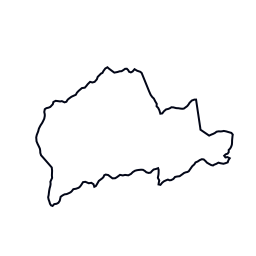 the district of Matão, São Paulo, Brazil, rotated 162°
{"feature_id": "56859067B9094864548247", "entity_name": "Matão", "entity_type": "district", "adm_level": 2, "iso_a3": "BRA", "parent_name": "Brazil", "parent_adm1": "São Paulo", "projection": "robinson", "projection_center": [-48.44, -21.618], "detail": "fine", "context": "isolated", "style": "outline", "palette": "ink", "viewbox_px": 256, "rotation_deg": 162, "n_neighbors": 0, "source": "geoboundaries", "source_scale": "gbopen_adm2", "svg_char_len": 2879}
<svg xmlns="http://www.w3.org/2000/svg" viewBox="0 0 256 256"><g transform="rotate(162 128 128)"><path d="M225.6,80.1L225.1,78.2L223.8,77.2L221.7,78.4L219.3,78.0L217.3,78.4L215.4,79.9L213.3,83.4L211.1,84.1L208.9,84.5L206.7,84.1L204.5,84.3L202.5,84.6L201.1,85.2L198.9,86.7L196.1,86.3L193.4,86.4L191.7,87.1L189.9,88.4L187.5,90.4L185.2,90.0L182.4,87.6L179.8,87.2L178.2,85.2L178.2,82.5L176.6,82.7L174.6,84.4L172.1,86.7L167.8,88.2L166.4,89.0L165.2,90.4L163.6,90.6L161.4,89.4L160.3,87.8L158.3,84.9L155.7,84.2L153.6,84.7L150.1,85.9L147.6,84.5L145.3,84.3L142.3,82.9L139.4,83.4L137.0,84.6L134.5,85.2L132.6,85.1L130.8,84.8L128.5,84.3L126.7,83.6L125.3,82.0L124.2,80.2L122.3,78.9L120.3,78.6L118.8,79.5L116.5,80.6L113.9,80.4L111.8,80.5L111.8,78.7L112.6,76.3L113.4,74.3L115.0,71.4L114.5,68.4L115.6,66.5L116.4,64.9L114.7,63.9L112.4,65.4L110.3,66.2L107.8,66.5L106.0,66.6L104.6,65.4L103.0,65.1L100.6,65.5L98.4,66.9L96.3,66.7L93.8,66.2L90.3,67.3L88.6,67.9L86.8,68.0L85.1,67.8L83.6,68.1L81.5,69.7L78.7,71.8L76.2,72.9L74.4,74.4L72.1,74.6L69.7,75.3L67.4,75.5L65.7,74.7L64.5,72.6L63.6,70.6L61.8,68.6L60.3,67.0L58.7,66.1L57.3,66.5L55.2,66.6L52.7,67.1L50.9,65.9L48.3,64.5L46.2,64.4L43.8,64.5L42.5,66.3L40.6,67.8L42.4,69.6L44.4,69.9L45.1,71.9L43.2,72.8L41.2,72.8L39.7,73.9L39.0,76.0L37.2,76.9L35.6,78.4L34.4,80.0L33.5,82.1L32.9,83.9L32.0,86.0L31.2,87.8L30.4,89.4L31.2,91.4L33.3,92.8L35.8,94.5L37.8,95.6L39.6,95.8L41.3,96.2L42.7,96.8L44.9,97.1L46.9,96.4L48.8,96.1L50.6,96.0L53.2,95.7L59.6,104.0L59.2,106.0L54.5,134.0L56.2,134.5L58.8,134.4L61.7,132.9L63.1,131.7L64.9,130.5L68.9,129.2L70.4,129.5L72.0,130.2L73.9,131.2L76.0,132.0L78.5,133.6L80.3,134.3L81.9,133.9L83.6,133.7L86.1,133.9L88.7,132.8L90.9,131.3L92.8,131.6L92.7,135.1L93.1,137.8L94.1,139.8L93.2,142.1L93.9,145.2L94.3,148.0L95.4,150.0L96.2,152.6L96.6,156.5L98.0,176.1L98.9,177.6L101.7,179.7L103.6,181.9L106.2,180.3L108.1,180.0L109.6,181.2L109.9,182.9L110.8,184.7L112.4,185.2L114.6,184.5L116.6,184.0L118.3,184.5L120.7,184.5L123.9,184.9L125.5,187.1L127.9,190.5L128.8,192.1L131.2,191.6L133.6,189.9L135.3,188.3L136.9,188.1L138.6,187.2L141.0,186.0L142.6,183.9L145.5,182.2L147.8,182.3L149.8,183.6L152.8,182.1L154.7,180.8L156.6,179.7L159.5,180.2L163.4,178.6L165.6,177.4L167.4,175.7L169.6,175.5L172.1,175.2L174.6,174.4L176.6,173.6L178.5,172.0L180.4,172.0L182.6,174.0L184.3,174.2L186.3,175.2L188.4,176.2L190.9,175.8L192.2,173.8L193.7,173.0L195.3,172.1L197.2,171.9L199.5,172.1L201.3,171.6L202.7,169.1L202.9,166.9L203.4,165.2L204.8,162.7L206.7,160.7L208.0,159.4L210.5,157.4L212.9,155.0L214.5,152.5L216.9,149.6L218.2,147.4L219.1,143.6L218.9,141.0L218.4,137.5L218.2,135.6L218.5,133.6L219.1,131.4L219.1,128.9L217.9,126.2L212.7,114.0L213.4,110.8L214.1,108.9L215.0,106.5L215.6,104.0L218.4,100.9L218.9,98.7L219.8,96.9L221.2,94.8L222.4,92.6L223.3,90.7L224.2,88.7L225.3,86.9L225.6,84.6L225.5,82.3L225.6,80.1Z" fill="none" stroke="#020617" stroke-width="2"/></g></svg>